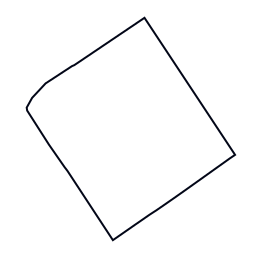 outline of Fayette, Tennessee, United States of America, rotated 325°
{"feature_id": "52423323B86424015189760", "entity_name": "Fayette", "entity_type": "district", "adm_level": 2, "iso_a3": "USA", "parent_name": "United States of America", "parent_adm1": "Tennessee", "projection": "orthographic", "projection_center": [-89.459, 35.199], "detail": "fine", "context": "isolated", "style": "outline", "palette": "ink", "viewbox_px": 256, "rotation_deg": 325, "n_neighbors": 0, "source": "geoboundaries", "source_scale": "gbopen_adm2", "svg_char_len": 423}
<svg xmlns="http://www.w3.org/2000/svg" viewBox="0 0 256 256"><g transform="rotate(325 128 128)"><path d="M200.3,211.4L200.5,204.4L204.7,47.2L120.0,45.7L117.7,45.2L108.1,44.9L86.1,44.2L66.8,48.3L56.7,53.2L55.4,55.9L53.7,96.2L53.6,123.6L53.8,128.5L51.3,211.2L77.7,211.3L95.8,211.4L101.6,211.6L103.9,211.7L121.2,211.8L131.0,211.8L148.7,211.7L193.9,211.3L200.3,211.4Z" fill="none" stroke="#020617" stroke-width="2"/></g></svg>